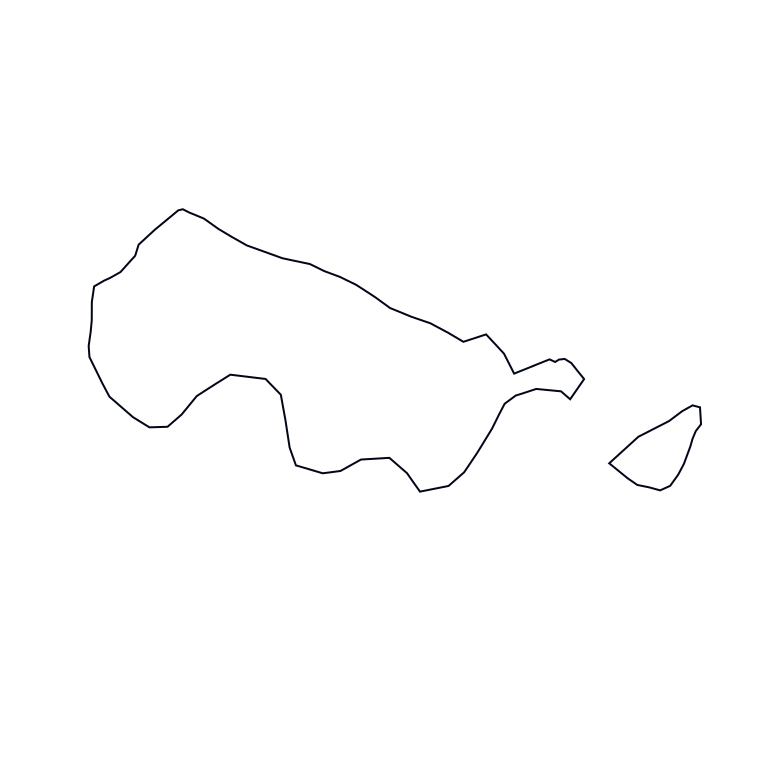 the district of Patani, Delta, Nigeria, rotated 41°
{"feature_id": "59680162B21067903036313", "entity_name": "Patani", "entity_type": "district", "adm_level": 2, "iso_a3": "NGA", "parent_name": "Nigeria", "parent_adm1": "Delta", "projection": "natural_earth1", "projection_center": [6.134, 5.186], "detail": "fine", "context": "isolated", "style": "outline", "palette": "ink", "viewbox_px": 768, "rotation_deg": 41, "n_neighbors": 0, "source": "geoboundaries", "source_scale": "gbopen_adm2", "svg_char_len": 1534}
<svg xmlns="http://www.w3.org/2000/svg" viewBox="0 0 768 768"><g transform="rotate(41 384 384)"><path d="M101.2,500.5L106.7,509.1L109.7,513.8L114.8,519.7L121.6,527.6L128.2,536.8L136.2,549.1L144.0,556.9L160.4,563.8L171.1,568.3L182.5,572.7L185.1,573.7L216.4,573.7L228.1,571.8L235.4,570.6L248.7,558.3L251.0,541.8L251.3,539.9L250.6,515.9L256.8,494.6L261.9,477.8L291.3,457.9L313.2,459.8L333.4,476.0L354.5,493.9L368.8,502.0L370.9,503.2L396.3,491.6L400.7,486.7L408.2,478.2L416.2,456.1L425.5,447.0L436.5,436.2L459.9,436.2L469.4,438.6L481.8,441.6L499.6,418.6L502.4,398.1L501.5,390.5L499.5,374.7L499.4,374.1L498.1,366.2L494.8,346.7L490.8,331.4L488.0,319.7L491.0,306.3L495.0,299.8L502.1,287.9L502.5,287.6L522.4,273.4L534.5,273.4L533.9,267.9L531.8,249.0L529.8,248.6L521.7,247.2L511.6,245.3L504.0,246.5L500.1,250.7L498.7,255.1L492.8,256.8L486.0,270.0L475.4,290.8L464.6,286.4L454.7,282.4L444.0,281.2L428.5,279.6L416.2,300.1L399.0,303.2L383.4,306.8L379.3,307.7L360.8,315.2L338.7,322.7L320.2,324.3L298.0,327.4L280.8,332.0L264.8,338.0L251.5,341.5L249.4,342.1L224.9,355.7L189.6,369.4L172.9,372.8L157.2,375.6L139.6,377.3L124.4,382.4L117.5,384.1L114.8,388.0L109.8,418.1L107.4,439.8L112.1,450.5L111.9,457.7L111.8,465.0L111.7,472.3L107.6,483.8L105.0,489.5L101.2,500.5ZM649.7,206.4L643.7,200.3L637.8,194.3L630.9,197.7L626.9,208.8L623.4,225.1L610.6,256.9L606.0,296.1L629.8,295.3L641.4,294.0L651.8,288.1L662.2,283.1L666.8,273.1L665.5,259.3L662.7,247.4L656.2,230.2L652.8,222.9L650.2,215.0L649.7,206.4Z" fill="none" stroke="#020617" stroke-width="2"/></g></svg>